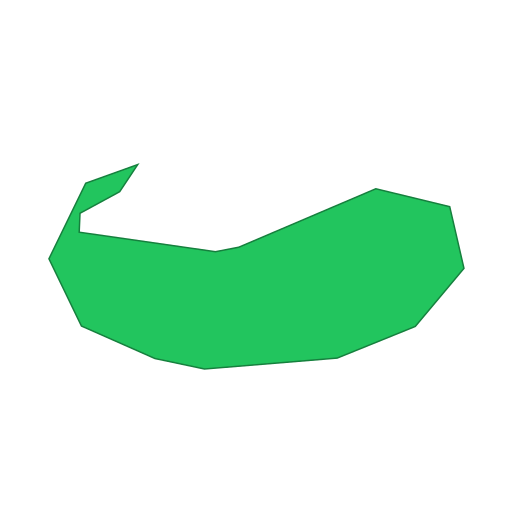 the border of Palmerston, rotated 254°
{"feature_id": "COK-4956", "entity_name": "Palmerston", "entity_type": "state/province", "adm_level": 1, "iso_a3": "COK", "parent_name": "Cook Islands", "parent_adm1": "", "projection": "robinson", "projection_center": [-159.781, -18.858], "detail": "fine", "context": "isolated", "style": "filled", "palette": "green", "viewbox_px": 512, "rotation_deg": 254, "n_neighbors": 0, "source": "natural_earth", "source_scale": "10m", "svg_char_len": 370}
<svg xmlns="http://www.w3.org/2000/svg" viewBox="0 0 512 512"><g transform="rotate(254 256 256)"><path d="M236.8,68.9L310.4,56.2L372.9,112.4L376.5,167.5L355.4,142.7L345.6,98.6L327.6,92.6L271.3,218.2L269.2,241.9L287.6,389.7L250.0,455.8L186.8,452.5L144.4,389.7L135.5,305.9L161.6,175.3L185.3,130.6L236.8,68.9Z" fill="#22c55e" stroke="#15803d" stroke-width="1.5"/></g></svg>